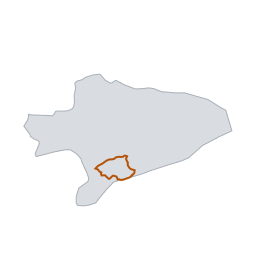 Bubanza on a map of Burundi (Equal Earth projection), rotated 252°
{"feature_id": "BDI-2636", "entity_name": "Bubanza", "entity_type": "Province", "adm_level": 1, "iso_a3": "BDI", "parent_name": "Burundi", "parent_adm1": "", "projection": "equal_earth", "projection_center": [29.392, -3.111], "detail": "fine", "context": "in_parent", "style": "outline", "palette": "amber", "viewbox_px": 256, "rotation_deg": 252, "n_neighbors": 0, "source": "natural_earth", "source_scale": "10m", "svg_char_len": 1629}
<svg xmlns="http://www.w3.org/2000/svg" viewBox="0 0 256 256"><g transform="rotate(252 128 128)"><path d="M171.8,37.5L170.4,39.9L164.1,57.1L162.9,59.7L163.6,61.3L166.3,64.6L164.7,70.0L164.1,71.4L162.9,76.5L163.6,81.1L165.1,82.9L169.1,85.1L175.2,86.7L182.4,90.6L187.2,91.3L188.4,94.1L188.1,99.1L189.3,103.4L189.3,111.1L187.9,117.9L180.5,121.1L176.7,124.6L175.6,126.4L176.6,128.4L177.1,131.2L170.1,138.0L163.0,146.8L161.2,152.8L159.8,159.9L157.7,164.4L152.3,170.9L146.7,184.0L144.0,192.5L130.3,212.9L118.2,223.0L114.7,226.5L93.2,225.9L91.6,212.2L88.3,193.4L80.9,176.4L80.2,169.3L80.5,155.7L80.5,136.4L80.0,126.1L80.2,118.5L81.1,105.4L81.0,97.6L76.2,88.6L70.1,79.0L66.8,74.3L66.7,70.5L66.7,67.0L67.6,61.8L70.0,56.1L72.7,55.5L79.2,57.8L86.0,62.6L89.6,73.5L92.3,75.1L97.3,75.1L110.2,73.6L113.3,73.8L119.2,71.2L125.0,66.6L126.6,61.8L128.0,51.2L129.2,31.9L132.2,31.7L140.2,38.6L142.0,39.0L143.7,38.8L146.5,35.4L149.9,32.6L152.5,32.7L161.9,29.5L166.9,35.3L170.1,37.1L171.8,37.5Z" fill="#d9dde1" stroke="#a8b0b8" stroke-width="1"/><path d="M81.8,117.6L82.1,117.2L81.0,115.9L80.5,114.1L80.3,108.0L80.5,106.1L81.1,104.6L81.9,103.9L82.2,102.9L82.2,102.3L85.3,102.1L87.3,99.3L86.8,97.5L85.9,96.0L85.4,94.6L85.8,93.8L90.1,91.5L91.1,88.2L93.3,88.2L94.0,88.9L95.6,87.3L97.8,86.6L99.5,84.5L101.2,87.7L102.2,93.2L102.8,94.9L103.7,97.9L103.8,101.0L103.1,103.0L102.9,105.1L103.8,107.4L103.6,110.0L102.7,112.1L102.2,114.6L102.6,115.3L102.8,116.1L102.2,117.4L101.4,118.4L99.4,116.6L96.6,116.8L95.3,117.2L94.1,116.7L92.9,116.3L91.6,116.5L89.7,117.0L88.0,118.0L85.8,121.3L83.4,120.2L81.8,117.6Z" fill="none" stroke="#b45309" stroke-width="2"/></g></svg>